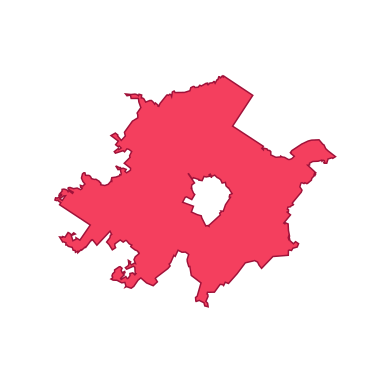 Iecavas pag., Iecavas, Latvia (orthographic projection), rotated 312°
{"feature_id": "27541924B36715332650417", "entity_name": "Iecavas pag.", "entity_type": "district", "adm_level": 2, "iso_a3": "LVA", "parent_name": "Latvia", "parent_adm1": "Iecavas", "projection": "orthographic", "projection_center": [24.179, 56.61], "detail": "fine", "context": "isolated", "style": "filled", "palette": "rose", "viewbox_px": 384, "rotation_deg": 312, "n_neighbors": 0, "source": "geoboundaries", "source_scale": "gbopen_adm2", "svg_char_len": 6010}
<svg xmlns="http://www.w3.org/2000/svg" viewBox="0 0 384 384"><g transform="rotate(312 192 192)"><path d="M313.6,265.6L313.7,262.3L315.3,258.6L315.0,257.1L315.8,251.5L310.5,246.1L307.6,244.2L301.2,241.5L289.6,238.5L287.1,238.8L287.3,239.6L286.8,239.8L287.0,244.1L283.7,243.9L281.7,243.0L280.6,241.8L279.7,237.6L278.5,235.8L278.0,234.0L277.5,234.5L273.9,231.1L272.3,225.7L274.7,223.6L274.8,222.1L273.7,220.1L274.2,218.9L272.5,215.9L271.1,216.9L271.1,214.8L273.7,214.4L268.1,178.1L304.5,172.5L299.4,137.9L298.3,138.2L298.5,136.8L295.9,136.9L295.7,136.6L296.1,135.5L295.6,134.8L292.9,136.0L292.1,135.5L288.3,136.4L289.0,134.7L288.7,134.3L286.9,134.2L285.0,132.4L282.4,132.2L282.2,131.6L283.3,130.7L282.1,129.7L277.0,128.0L276.6,126.4L273.9,126.4L271.6,124.2L271.9,123.2L271.3,122.3L268.7,121.3L265.9,122.7L261.0,119.8L254.6,112.9L255.1,111.2L254.3,110.8L253.1,110.5L249.3,113.0L250.2,111.1L249.9,110.1L247.9,109.7L247.6,108.6L247.0,108.4L236.4,109.0L233.4,110.0L233.1,109.1L233.8,108.8L233.7,105.3L232.3,105.4L232.8,103.7L232.9,100.7L231.9,99.5L227.8,97.4L229.0,94.0L228.8,92.4L228.0,91.4L230.4,89.7L229.2,87.2L227.7,87.8L227.5,85.8L226.6,84.1L223.6,81.4L220.4,77.0L220.0,79.3L222.8,81.4L220.8,84.2L225.7,89.6L223.4,92.2L220.5,97.5L213.9,98.4L213.1,100.0L210.9,102.1L204.8,100.3L191.2,101.8L189.0,105.0L183.0,104.9L183.9,99.2L184.7,98.8L184.5,95.6L179.7,94.0L180.5,103.2L176.0,103.6L176.2,107.1L177.4,107.1L177.3,109.9L174.6,109.3L175.0,108.1L170.0,107.2L169.6,109.1L176.6,113.2L176.7,115.0L180.6,114.8L181.5,116.7L181.7,120.1L177.1,121.4L176.3,122.8L168.0,122.4L168.6,130.4L167.0,131.7L162.5,130.5L162.4,128.4L164.8,128.0L163.6,124.9L161.6,123.6L162.3,122.5L161.4,121.4L160.7,118.6L160.2,118.4L159.1,122.1L160.9,123.4L158.3,127.1L157.1,127.7L156.6,126.7L155.7,127.3L152.2,125.5L149.0,122.8L146.8,124.0L147.0,124.6L146.1,125.3L145.6,124.5L141.7,124.6L138.5,122.9L136.3,119.3L137.6,118.4L137.5,116.6L137.9,116.2L137.2,112.1L135.9,110.9L134.7,108.3L135.4,106.8L135.6,105.2L135.3,104.2L133.2,101.8L134.6,99.5L133.8,98.7L132.2,98.5L128.4,100.5L126.8,103.9L126.3,107.1L123.3,106.9L122.3,104.6L121.0,106.1L121.5,107.8L120.7,108.0L119.2,107.6L118.1,104.0L115.2,101.7L113.8,98.4L112.9,97.5L111.9,97.3L111.5,98.1L111.5,100.1L112.4,103.9L111.0,104.1L110.6,99.5L109.3,99.7L109.8,98.1L109.3,96.4L108.5,94.9L107.0,93.7L105.6,94.9L102.2,94.9L102.9,96.7L102.0,97.2L101.2,96.9L101.3,95.9L100.5,95.3L100.0,96.0L100.1,96.7L99.6,96.7L99.8,98.6L103.0,99.1L104.6,100.5L101.4,100.9L98.9,101.3L98.4,98.3L99.6,98.1L99.4,96.6L97.5,96.1L96.4,94.5L94.3,95.5L94.9,97.0L96.2,98.0L95.9,98.7L96.3,101.7L93.9,102.1L99.4,138.5L81.2,140.9L80.4,136.4L79.4,137.4L76.1,136.1L78.9,131.4L82.7,133.4L82.5,131.4L79.3,131.1L79.5,128.9L79.0,127.0L73.5,127.9L72.3,125.6L71.7,126.0L70.0,123.7L68.3,129.4L69.1,130.0L69.9,132.3L68.2,133.7L69.0,134.7L68.8,136.4L70.7,140.1L69.2,142.6L70.3,144.3L69.2,145.8L71.5,146.8L70.5,147.8L74.9,148.2L74.9,148.9L79.7,149.5L79.7,150.1L88.9,149.3L88.8,149.8L90.0,150.1L88.8,156.9L108.0,157.3L106.7,160.7L105.2,160.3L103.1,161.6L97.7,162.0L97.4,165.6L95.7,171.5L99.5,172.5L100.3,170.7L101.8,169.4L107.7,170.6L108.3,170.8L108.7,174.4L111.6,175.1L112.1,175.8L111.5,180.0L112.3,182.8L110.5,182.9L110.4,183.6L110.8,188.3L111.6,190.6L111.5,192.8L111.1,192.7L110.8,193.9L105.9,193.2L103.0,194.1L101.0,197.9L100.4,196.7L97.4,195.7L97.5,194.2L98.1,193.1L99.0,193.2L98.6,190.5L96.2,193.3L94.5,193.9L91.2,193.1L90.9,195.0L91.3,195.3L97.6,198.1L97.8,199.9L93.5,204.3L93.8,205.0L92.2,205.0L92.3,202.1L89.9,200.4L88.4,201.9L85.1,202.3L84.3,201.8L84.9,199.4L79.6,197.9L80.0,196.7L85.0,197.1L85.1,195.8L87.2,196.2L87.9,195.1L85.3,194.2L86.3,191.8L88.5,191.1L88.4,188.5L87.6,187.9L82.3,186.6L80.8,188.0L78.1,187.8L76.0,188.7L75.9,189.6L74.9,190.5L73.1,190.0L73.7,192.3L76.2,195.4L77.5,200.6L79.9,202.6L77.9,205.8L76.6,206.1L77.8,206.6L79.8,211.2L82.9,211.9L90.3,210.9L93.9,211.5L94.0,219.1L96.4,225.9L102.1,226.4L103.2,222.6L104.1,222.5L118.9,225.3L122.4,225.2L123.2,223.2L125.2,223.4L132.8,220.9L132.9,222.6L139.4,220.6L140.5,224.8L143.0,227.4L143.4,231.3L138.6,233.5L137.1,235.1L134.4,239.5L135.2,240.2L129.5,247.3L130.5,259.5L118.0,265.6L116.0,265.2L113.5,267.8L113.4,268.3L116.3,269.9L117.7,275.0L115.9,277.7L117.5,280.8L119.8,278.0L120.0,275.5L125.1,273.8L126.3,272.5L126.3,271.4L127.8,270.6L132.6,275.7L142.2,274.7L143.7,276.8L143.6,278.1L147.2,277.1L148.4,280.3L161.4,280.2L175.0,279.0L183.0,284.5L183.8,287.6L182.5,290.8L181.8,294.8L198.2,295.3L209.4,305.9L213.1,302.8L214.1,303.3L215.1,305.1L217.7,304.6L221.5,307.0L224.9,305.8L224.4,302.2L221.4,302.0L221.4,297.3L222.9,295.3L221.6,295.5L222.4,294.1L224.4,293.2L224.1,294.5L227.8,289.6L232.6,284.8L231.5,281.7L230.5,282.2L230.3,281.0L240.9,280.5L240.7,275.4L241.2,277.1L242.3,276.6L243.4,275.6L243.0,274.4L244.9,273.4L247.0,275.1L248.2,274.9L249.7,275.8L250.6,275.7L250.5,274.4L251.1,273.9L265.0,273.3L267.0,272.5L268.0,268.7L271.5,267.0L272.5,267.5L273.2,269.6L274.4,269.7L275.0,271.7L275.7,272.1L280.7,272.8L282.2,271.9L285.3,271.9L287.5,270.7L286.8,272.2L287.8,272.0L288.0,271.0L289.1,271.2L289.3,260.0L290.8,261.3L292.0,260.1L295.5,261.3L299.2,265.1L302.2,266.9L301.8,268.0L303.2,268.0L303.8,269.3L302.9,270.6L302.2,270.1L301.8,271.0L303.5,272.9L307.6,271.0L310.8,273.0L311.3,273.6L311.2,274.1L314.3,275.0L313.6,265.6ZM179.3,216.6L180.5,214.8L178.7,211.1L176.7,204.9L182.4,202.6L178.1,191.9L183.4,190.5L184.7,191.1L186.2,196.9L192.0,195.7L192.0,194.2L193.8,190.2L194.7,189.4L194.3,189.0L197.2,187.1L200.4,187.8L203.0,177.2L203.3,177.3L201.7,183.8L203.5,183.4L205.9,188.7L205.4,189.1L207.2,191.9L211.6,190.5L212.7,192.5L215.5,194.6L215.9,194.9L215.6,194.1L216.3,193.2L217.5,193.6L216.8,195.5L215.4,196.9L216.8,196.2L219.7,197.6L219.6,201.1L220.1,202.5L220.3,205.1L218.8,208.4L221.5,210.4L219.3,213.2L219.2,216.2L219.5,216.4L217.6,222.9L215.2,221.9L213.2,223.0L213.8,224.1L205.0,225.4L198.6,228.1L197.2,226.2L197.0,227.1L194.8,226.7L193.9,228.4L178.4,226.9L178.5,226.1L177.8,227.4L177.2,225.7L176.0,225.0L179.3,216.6Z" fill="#f43f5e" stroke="#9f1239" stroke-width="1.5"/></g></svg>